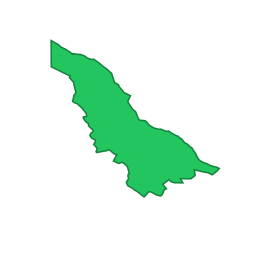 Barkin Ladi, Plateau, Nigeria, rotated 107°
{"feature_id": "59680162B6096372749080", "entity_name": "Barkin Ladi", "entity_type": "district", "adm_level": 2, "iso_a3": "NGA", "parent_name": "Nigeria", "parent_adm1": "Plateau", "projection": "equal_earth", "projection_center": [8.921, 9.534], "detail": "fine", "context": "isolated", "style": "filled", "palette": "green", "viewbox_px": 256, "rotation_deg": 107, "n_neighbors": 0, "source": "geoboundaries", "source_scale": "gbopen_adm2", "svg_char_len": 2197}
<svg xmlns="http://www.w3.org/2000/svg" viewBox="0 0 256 256"><g transform="rotate(107 128 128)"><path d="M66.8,227.1L91.9,219.3L95.3,198.4L96.9,198.7L100.2,193.4L102.8,192.1L109.1,188.3L111.8,188.8L112.4,189.3L118.8,188.7L119.5,186.5L119.6,183.8L122.7,177.1L122.9,177.2L126.4,172.1L129.0,171.0L130.4,173.9L130.7,173.9L131.5,173.8L132.4,172.8L134.3,170.3L135.5,167.1L137.5,166.3L138.5,164.7L139.9,161.2L141.7,160.3L144.0,162.1L146.0,162.3L146.5,162.1L148.3,159.9L149.0,155.8L150.4,155.2L153.8,156.0L156.4,151.5L160.1,151.6L160.6,150.7L159.1,147.8L157.1,144.2L156.4,142.4L154.4,139.8L154.3,139.7L154.4,139.2L156.8,133.8L156.7,131.0L163.8,132.3L164.6,126.6L162.4,123.2L164.7,117.8L164.8,117.8L165.2,117.2L171.4,113.4L172.3,114.3L174.1,114.0L176.3,112.6L180.3,113.8L181.9,112.6L183.2,111.4L184.5,105.5L185.4,103.8L185.9,101.2L186.9,98.5L189.2,92.6L189.2,92.4L182.8,89.4L182.7,89.3L182.5,87.0L183.1,84.0L183.7,81.5L183.5,77.5L183.4,76.7L181.6,75.7L176.6,75.3L174.9,73.5L171.8,78.1L171.6,78.2L167.0,74.8L165.4,74.1L166.8,70.9L166.7,67.1L166.6,66.9L164.4,59.5L161.1,63.1L158.2,53.0L157.9,52.9L154.2,50.1L153.3,50.0L148.6,52.3L148.2,46.4L148.2,45.4L147.7,40.7L147.3,38.7L148.1,34.3L148.0,33.6L143.1,30.3L140.0,28.9L139.6,31.7L139.7,33.0L139.8,35.7L139.8,37.7L139.4,40.5L139.0,42.5L139.1,43.9L138.7,47.3L138.2,49.3L137.3,51.4L135.9,52.9L134.4,54.3L132.9,55.7L131.5,57.2L131.0,57.9L130.3,59.0L130.1,59.3L129.1,60.0L128.6,60.7L128.1,62.1L127.7,63.5L126.7,64.9L126.3,66.3L125.9,66.9L125.8,67.0L125.9,68.3L124.9,70.4L124.0,71.8L123.5,72.5L123.0,73.2L122.1,76.0L121.2,78.1L121.2,80.1L120.8,81.5L120.4,83.6L119.9,85.6L119.0,88.4L120.0,90.6L119.5,96.2L119.6,96.5L120.3,98.7L120.4,103.6L120.3,103.8L119.1,108.4L116.9,111.9L116.0,113.7L117.1,119.3L115.4,121.4L114.3,122.2L110.2,125.5L108.8,128.9L107.4,130.8L102.9,136.0L96.4,135.1L95.2,142.7L94.1,143.6L91.2,148.4L89.5,149.6L88.4,154.2L80.4,159.7L80.1,160.9L77.6,165.9L76.8,168.9L74.6,173.9L72.2,181.0L73.1,182.5L73.1,184.0L73.2,185.9L72.3,189.3L71.8,190.7L71.5,195.5L72.0,196.1L72.7,200.8L72.7,202.2L73.7,202.8L72.3,205.6L71.5,209.0L71.0,210.4L71.0,210.5L70.3,215.1L70.2,215.8L68.8,218.6L66.8,227.1Z" fill="#22c55e" stroke="#15803d" stroke-width="1.5"/></g></svg>